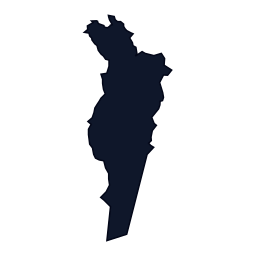 Selladi tou Appi, Nicosia, Cyprus
{"feature_id": "46923920B45268143409663", "entity_name": "Selladi tou Appi", "entity_type": "district", "adm_level": 2, "iso_a3": "CYP", "parent_name": "Cyprus", "parent_adm1": "Nicosia", "projection": "albers", "projection_center": [32.619, 35.151], "detail": "fine", "context": "isolated", "style": "filled", "palette": "ink", "viewbox_px": 256, "rotation_deg": 0, "n_neighbors": 0, "source": "geoboundaries", "source_scale": "gbopen_adm2", "svg_char_len": 1331}
<svg xmlns="http://www.w3.org/2000/svg" viewBox="0 0 256 256"><path d="M100.7,197.4L104.0,200.1L110.5,206.6L106.9,240.6L126.7,234.2L147.1,154.4L153.7,147.3L150.6,145.4L148.6,143.2L151.3,140.6L151.0,137.1L152.3,130.6L156.4,125.3L154.1,123.5L151.7,117.3L158.6,108.8L159.9,104.9L160.1,101.3L162.5,100.6L163.5,97.4L162.7,92.7L159.6,82.5L163.5,75.0L167.6,75.2L171.7,70.1L164.1,65.2L164.6,58.5L161.3,53.4L153.9,55.6L145.1,53.4L142.1,51.6L135.3,56.2L136.9,53.4L135.9,47.3L133.0,45.7L132.4,42.6L129.6,37.9L133.1,33.8L130.8,32.8L126.7,30.6L124.9,28.6L123.6,26.3L123.6,24.1L120.6,21.6L117.5,21.6L115.2,19.8L114.2,16.5L108.4,15.4L108.7,17.0L109.5,19.7L112.3,24.7L110.4,25.1L109.8,26.2L107.4,27.8L104.3,27.1L103.9,25.6L98.9,23.8L97.7,22.5L97.6,21.3L96.6,20.8L91.5,21.0L93.1,22.6L87.4,25.9L87.7,29.5L84.3,32.3L89.0,33.1L89.7,36.0L91.7,38.0L92.0,40.0L94.8,43.8L97.0,45.5L98.3,50.3L101.0,54.0L103.5,56.1L105.6,59.2L109.0,60.1L109.0,66.3L106.8,73.3L101.0,74.2L102.6,79.2L102.6,83.4L103.5,89.3L105.3,93.9L101.0,98.2L99.2,101.3L97.4,104.0L94.9,108.0L94.0,112.6L92.2,117.8L87.9,121.5L91.2,124.3L88.5,129.2L88.5,134.7L89.1,139.3L89.7,144.2L92.5,147.9L93.1,151.3L93.7,154.4L95.5,158.1L99.2,159.9L103.8,160.8L105.6,167.9L108.7,173.4L108.7,178.9L109.6,185.1L106.2,191.8L100.7,197.4L100.7,197.4Z" fill="#0f172a" stroke="#020617" stroke-width="1.5"/></svg>